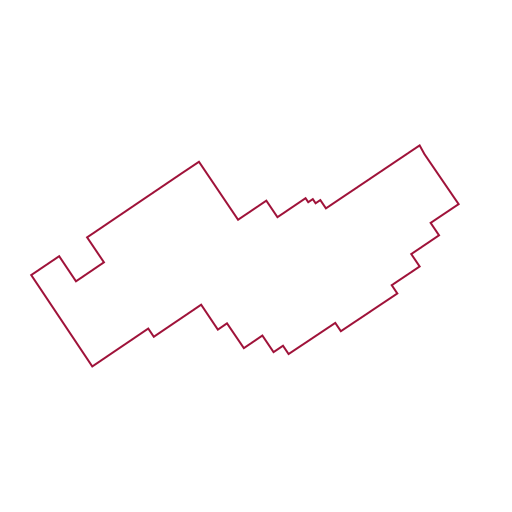 outline of Prairie, Montana, United States of America, rotated 326°
{"feature_id": "52423323B29603956786477", "entity_name": "Prairie", "entity_type": "district", "adm_level": 2, "iso_a3": "USA", "parent_name": "United States of America", "parent_adm1": "Montana", "projection": "equal_earth", "projection_center": [-105.314, 46.861], "detail": "fine", "context": "isolated", "style": "outline", "palette": "rose", "viewbox_px": 512, "rotation_deg": 326, "n_neighbors": 0, "source": "geoboundaries", "source_scale": "gbopen_adm2", "svg_char_len": 641}
<svg xmlns="http://www.w3.org/2000/svg" viewBox="0 0 512 512"><g transform="rotate(326 256 256)"><path d="M58.5,256.0L126.1,255.9L126.1,265.8L183.3,265.7L183.2,295.7L194.3,295.6L194.4,325.6L216.8,325.5L216.8,345.5L228.2,345.5L228.2,355.5L284.3,355.8L284.3,365.8L352.2,366.1L352.2,356.1L385.8,356.2L385.8,341.2L419.3,341.2L419.3,326.2L453.0,326.3L452.9,316.3L452.6,265.8L453.5,255.8L340.6,255.6L340.6,245.6L334.9,245.6L334.9,240.6L329.4,240.6L329.4,235.8L295.5,235.8L295.5,215.9L261.4,215.9L261.4,146.0L239.8,145.9L126.4,146.1L126.4,176.2L92.6,176.3L92.7,146.1L59.0,146.1L58.5,256.0Z" fill="none" stroke="#9f1239" stroke-width="2"/></g></svg>